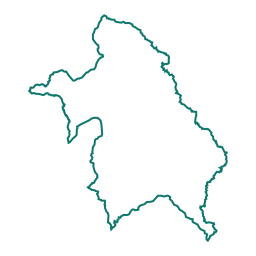 outline of Coronel Portillo, Ucayali, Peru
{"feature_id": "86281439B8316055413936", "entity_name": "Coronel Portillo", "entity_type": "district", "adm_level": 2, "iso_a3": "PER", "parent_name": "Peru", "parent_adm1": "Ucayali", "projection": "albers", "projection_center": [-74.152, -8.678], "detail": "fine", "context": "isolated", "style": "outline", "palette": "teal", "viewbox_px": 256, "rotation_deg": 0, "n_neighbors": 0, "source": "geoboundaries", "source_scale": "gbopen_adm2", "svg_char_len": 5749}
<svg xmlns="http://www.w3.org/2000/svg" viewBox="0 0 256 256"><path d="M206.3,187.0L206.0,185.9L207.4,185.2L206.9,184.4L207.2,182.5L208.1,181.9L208.7,182.3L210.4,181.8L210.4,180.4L211.5,180.0L211.7,179.0L212.4,178.7L213.1,178.9L214.1,178.2L213.4,176.2L213.6,175.6L214.6,175.1L216.3,172.3L217.1,171.7L219.2,172.4L220.1,171.7L220.2,171.2L221.3,171.4L221.8,169.2L221.1,169.2L220.9,168.5L220.0,167.8L221.1,167.5L221.8,166.5L222.8,166.6L224.6,165.5L224.6,165.1L225.3,165.1L225.2,164.3L226.3,163.3L226.8,161.1L226.0,159.3L226.5,158.0L226.3,156.3L225.0,154.7L225.3,153.8L226.6,153.0L226.7,152.5L224.6,152.2L222.1,147.1L221.2,147.2L220.6,146.6L219.2,147.0L217.5,146.2L217.5,145.4L216.6,144.0L216.5,142.7L215.8,142.6L216.0,141.1L214.6,140.7L213.3,139.3L213.1,136.5L211.6,135.1L211.1,133.8L211.5,132.9L209.0,129.7L207.8,129.0L207.2,129.3L206.1,128.8L205.1,129.1L203.5,128.7L202.1,129.0L202.0,128.2L201.3,127.5L199.8,126.9L198.8,125.6L198.6,124.4L197.7,124.4L197.7,123.5L197.1,122.7L196.5,122.7L195.7,123.5L195.4,123.1L195.1,122.0L195.8,116.5L196.3,115.7L196.1,111.8L193.0,111.7L192.6,111.0L191.7,111.5L190.2,108.4L189.1,108.7L187.5,107.9L184.1,104.6L181.3,103.7L181.2,102.7L179.6,101.9L180.8,99.6L180.0,97.7L180.9,95.6L178.0,93.6L176.0,93.2L176.3,92.5L177.3,91.8L176.9,90.8L175.9,89.7L175.4,87.1L176.3,84.3L175.9,83.0L175.0,82.3L173.0,78.6L173.8,76.8L173.1,75.9L172.7,75.9L172.0,74.6L169.7,75.1L168.7,73.8L168.7,72.8L167.9,72.1L167.2,72.2L166.8,70.4L166.2,70.9L165.6,70.7L165.1,71.3L164.8,70.3L163.4,69.9L164.0,68.5L162.9,68.1L161.5,66.8L162.1,65.7L162.9,65.5L162.0,63.4L162.4,63.0L162.6,63.8L163.7,63.8L164.4,64.4L165.6,63.9L166.9,64.2L167.6,63.6L168.2,63.6L168.9,62.8L168.6,59.6L169.1,58.2L168.8,57.7L168.9,56.7L168.1,55.5L166.3,55.0L166.1,53.6L165.1,53.4L164.5,53.7L164.0,52.8L161.6,52.4L159.2,51.3L158.7,51.7L158.0,51.6L157.6,50.2L156.5,49.6L156.3,47.5L155.0,48.4L154.0,48.2L153.3,46.9L151.4,45.4L151.9,44.9L151.8,43.7L152.3,42.5L150.6,42.0L149.5,40.8L148.0,40.5L146.9,39.4L145.3,39.2L144.9,37.0L143.6,35.7L142.6,35.4L142.2,33.6L140.7,32.8L140.5,30.2L138.3,29.4L134.5,26.8L133.1,26.4L132.5,25.7L132.4,24.5L129.3,23.0L125.2,23.1L123.6,21.8L121.2,22.7L116.4,21.9L115.1,21.3L114.4,19.7L111.0,19.6L109.6,18.5L108.5,18.9L107.8,18.2L107.0,18.3L106.4,16.4L104.2,15.4L103.1,16.5L102.4,16.6L101.4,17.9L101.4,19.8L99.7,21.7L99.6,22.4L99.0,23.1L97.9,27.1L96.8,28.2L95.0,29.1L93.9,32.8L92.9,34.3L92.9,39.2L95.6,42.9L97.0,44.5L98.2,45.2L98.6,47.7L98.3,48.5L97.6,49.0L97.7,50.7L99.6,54.0L100.8,54.6L102.3,54.7L102.8,55.2L103.0,56.4L102.9,56.8L101.0,57.5L98.7,59.4L96.5,63.3L95.5,67.2L94.1,69.3L90.9,69.7L87.6,72.4L86.3,72.6L82.2,77.4L79.1,78.6L77.4,78.7L75.4,80.2L73.7,80.8L73.0,80.5L68.5,75.1L66.2,71.6L64.4,71.7L62.2,70.1L59.3,71.0L57.6,72.0L53.5,72.5L53.1,74.3L51.6,74.6L50.2,75.6L50.2,77.0L49.4,78.3L50.0,80.4L48.8,81.2L48.7,82.0L48.1,82.1L48.4,83.0L48.1,84.0L46.3,85.3L46.3,86.1L45.4,86.5L44.4,85.9L43.9,85.0L42.2,84.1L39.4,85.2L37.7,84.5L35.3,85.2L33.5,87.6L32.0,87.8L31.0,87.4L30.3,88.1L30.4,89.7L29.2,90.9L30.0,91.4L30.5,92.5L30.9,92.4L31.8,93.0L32.0,93.5L34.1,93.0L35.3,93.7L38.7,93.9L43.5,95.1L45.9,93.4L47.7,93.2L48.9,94.6L50.4,94.6L51.3,95.4L53.0,95.2L53.7,95.8L54.5,95.9L54.7,95.2L56.2,95.2L58.5,95.9L59.5,96.4L61.7,99.0L62.8,103.0L64.6,104.6L64.4,105.1L63.6,105.4L64.1,106.1L63.9,106.5L62.6,107.2L63.0,109.3L63.8,109.8L63.6,110.4L64.2,110.8L64.0,111.8L64.5,112.1L65.0,114.3L65.9,114.8L65.9,115.5L66.7,115.7L66.6,116.3L67.7,117.4L68.1,119.1L69.0,119.7L68.9,120.3L69.3,120.4L69.7,121.2L69.5,122.1L68.8,122.6L67.6,127.0L68.6,130.0L69.4,130.6L69.6,131.5L69.2,132.6L69.5,134.3L69.2,136.1L67.7,138.4L68.6,142.8L69.7,142.3L73.2,138.1L75.6,136.2L76.6,134.8L76.9,129.1L77.5,128.1L77.0,126.7L80.9,124.3L89.6,120.1L91.3,118.7L94.0,117.8L97.7,117.9L100.6,120.5L101.4,124.1L102.2,134.1L101.7,135.8L98.5,137.1L97.4,138.7L95.7,139.3L95.0,140.2L94.5,144.7L92.9,147.1L92.3,152.0L92.7,153.2L91.6,153.9L91.0,155.2L92.4,157.5L91.9,159.3L90.3,161.1L90.8,162.4L93.2,163.0L93.6,163.6L93.3,166.3L94.5,170.7L95.3,172.5L97.3,174.8L97.2,176.7L97.5,177.2L94.5,181.4L94.3,182.6L93.6,183.0L92.2,182.9L91.9,184.0L90.8,184.5L89.8,186.1L87.9,187.2L88.8,188.2L89.5,188.2L91.6,189.8L94.7,190.3L95.8,191.1L98.0,191.5L98.2,191.9L97.8,193.2L97.0,193.9L98.5,197.0L98.5,199.1L101.4,200.1L101.8,200.7L104.8,200.7L105.1,202.8L104.5,204.3L105.2,205.4L104.8,205.8L105.1,208.1L106.4,211.6L107.8,212.9L108.5,215.4L108.0,222.2L108.3,222.8L109.4,223.0L111.0,225.2L111.3,226.4L110.9,227.6L111.3,227.9L111.0,228.7L111.2,229.4L112.8,227.5L114.2,226.7L115.3,225.2L115.4,224.6L114.1,222.8L114.5,221.0L117.0,222.4L117.4,222.0L117.4,220.2L118.5,219.4L118.7,217.3L120.4,217.7L121.0,216.4L123.7,214.9L126.6,215.1L129.0,214.4L130.5,211.5L132.2,209.6L133.3,209.4L135.4,210.2L138.4,209.7L138.1,208.2L139.7,205.8L144.6,204.1L146.7,202.1L151.1,201.7L153.3,201.0L157.9,195.7L162.0,195.8L163.7,196.5L167.8,195.6L170.2,197.0L169.8,199.1L171.7,200.7L174.2,204.8L177.3,205.9L179.9,210.0L181.3,210.5L185.1,213.3L185.9,216.9L190.8,219.0L192.7,219.2L192.5,221.0L192.9,222.1L197.6,224.6L199.7,228.3L200.9,229.4L204.5,231.0L204.7,233.2L206.6,234.0L207.2,234.6L206.4,237.0L206.6,239.5L207.8,240.6L209.7,237.6L209.9,236.2L213.8,234.0L214.1,232.2L215.6,232.3L216.6,230.9L216.3,230.3L214.5,229.1L214.6,228.5L213.1,226.8L212.9,225.5L214.2,224.4L214.0,223.4L209.0,222.3L206.3,222.9L205.5,221.5L204.0,221.1L204.1,220.2L204.8,219.5L203.9,218.4L203.9,216.9L203.2,216.3L202.9,213.7L202.5,213.3L202.9,211.7L202.0,210.0L201.0,209.4L200.2,208.0L200.9,207.6L200.5,206.5L202.4,206.4L203.5,205.8L204.7,206.4L205.0,205.6L204.3,203.9L204.9,202.8L205.2,199.5L206.3,198.9L205.9,198.0L206.0,197.0L207.1,195.5L206.4,194.1L206.4,192.9L205.7,191.9L206.8,190.5L205.9,189.0L207.0,187.6L206.3,187.0Z" fill="none" stroke="#0f766e" stroke-width="2"/></svg>